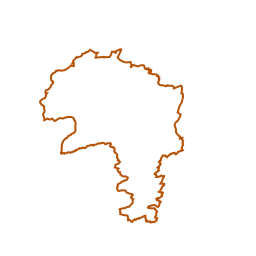 Birr Lea-6, Offaly, Ireland (Robinson projection), rotated 321°
{"feature_id": "5873133B95472927677681", "entity_name": "Birr Lea-6", "entity_type": "district", "adm_level": 2, "iso_a3": "IRL", "parent_name": "Ireland", "parent_adm1": "Offaly", "projection": "robinson", "projection_center": [-7.878, 53.106], "detail": "fine", "context": "isolated", "style": "outline", "palette": "amber", "viewbox_px": 256, "rotation_deg": 321, "n_neighbors": 0, "source": "geoboundaries", "source_scale": "gbopen_adm2", "svg_char_len": 5760}
<svg xmlns="http://www.w3.org/2000/svg" viewBox="0 0 256 256"><g transform="rotate(321 128 128)"><path d="M156.7,179.7L156.7,177.8L158.9,176.2L160.2,175.8L160.8,174.8L160.6,174.4L160.8,174.1L162.8,172.7L162.6,171.0L164.1,169.8L163.0,169.2L161.6,168.9L163.1,167.2L162.5,166.0L162.5,161.7L164.4,159.3L165.8,155.5L167.4,154.1L169.8,153.6L171.1,153.7L174.8,152.3L177.4,150.7L176.3,147.2L181.7,143.5L186.2,141.7L190.6,138.2L192.2,135.6L191.3,134.7L192.1,133.7L193.6,132.9L195.4,130.5L196.0,128.7L194.6,127.9L188.6,126.1L189.3,125.2L189.3,123.5L188.0,122.1L187.1,121.6L185.9,120.0L185.6,120.1L185.4,119.5L184.2,119.5L183.5,119.3L182.4,117.3L180.0,114.9L179.5,113.4L179.8,112.7L179.7,111.9L180.6,111.1L182.6,110.3L182.9,110.0L182.6,109.4L182.7,109.1L184.2,108.4L183.8,106.7L183.4,106.3L184.3,106.0L183.9,104.5L180.6,101.2L180.3,100.5L178.6,98.5L178.9,98.0L179.6,98.1L180.4,98.9L181.3,98.7L182.5,97.7L182.3,96.9L181.8,96.5L180.3,96.6L180.3,95.7L181.1,95.5L181.5,94.5L179.7,93.9L179.3,94.0L178.8,93.3L179.4,92.9L178.8,92.2L178.8,91.4L179.7,89.8L179.6,89.2L178.4,87.9L176.5,87.0L174.4,86.3L171.8,82.4L171.0,82.2L170.2,82.5L168.5,82.5L168.4,82.1L167.9,81.9L170.0,82.0L171.5,78.4L167.5,75.6L166.5,74.2L164.7,70.7L164.2,66.8L171.6,63.2L172.2,62.6L171.2,61.8L167.6,60.9L166.5,60.9L165.7,61.8L165.3,60.9L165.5,60.2L163.5,58.6L162.8,58.9L161.9,59.8L158.5,61.3L154.0,58.2L154.3,57.9L153.6,57.2L147.1,53.0L149.2,51.5L150.0,50.6L151.7,50.4L149.4,48.5L149.2,46.9L147.7,43.4L145.2,43.7L143.8,43.3L143.3,42.7L141.8,42.9L139.1,41.6L138.1,42.6L136.3,42.6L132.6,41.1L132.6,40.5L127.5,41.4L127.3,42.1L125.3,42.8L126.6,43.5L124.8,45.8L122.7,43.7L121.2,43.6L119.2,43.8L115.0,43.1L112.1,41.4L111.1,40.0L109.5,39.1L109.0,39.1L108.6,38.4L107.9,38.3L107.8,38.6L106.8,38.8L105.1,38.7L103.9,38.1L103.2,38.7L101.9,38.5L100.2,39.9L98.4,42.7L98.6,43.3L98.4,44.0L99.0,44.8L98.9,45.3L98.4,45.8L95.6,46.3L93.7,47.3L91.5,47.8L89.5,47.8L87.7,47.0L86.0,48.4L85.8,49.4L86.8,50.0L85.4,50.5L84.1,51.6L82.0,52.5L79.6,51.6L77.1,51.8L75.9,52.5L75.6,52.8L75.8,54.0L75.4,55.6L76.1,57.1L75.9,57.7L76.4,58.7L74.9,60.1L74.3,61.9L72.8,63.1L71.7,63.3L70.4,64.1L69.5,66.4L69.6,66.8L68.8,68.2L67.8,69.2L71.3,70.1L72.1,71.5L73.4,72.8L75.0,73.0L75.4,76.5L80.4,77.1L81.9,77.8L82.7,79.1L83.3,79.6L87.6,81.2L90.8,83.7L91.9,85.8L91.6,87.2L91.2,87.8L91.4,88.5L91.0,88.9L91.1,89.8L90.0,91.8L87.5,94.1L87.1,95.1L85.0,97.4L82.4,97.7L80.4,97.0L79.7,97.3L77.4,97.0L76.6,96.6L74.7,97.2L73.8,97.3L72.9,96.8L69.2,97.4L66.1,99.3L65.0,100.8L64.0,101.4L62.7,103.5L60.6,104.9L60.0,105.5L60.2,106.1L60.7,106.6L61.9,106.5L62.3,107.3L62.7,107.4L62.6,107.9L63.6,108.6L66.1,109.2L67.3,110.1L67.9,111.2L69.5,111.4L69.6,111.7L70.5,111.7L70.7,112.1L71.4,112.2L72.2,112.7L72.7,112.4L72.8,112.7L73.7,112.8L73.9,112.4L76.2,113.2L77.5,113.2L77.5,113.5L78.4,113.8L78.9,114.5L80.5,114.7L81.1,115.8L81.7,116.4L82.3,116.4L82.5,116.7L85.0,116.4L87.3,117.6L89.0,118.0L89.8,119.1L90.2,119.3L90.0,119.8L91.8,120.1L92.6,120.8L95.2,121.2L96.2,122.3L97.1,122.4L97.7,123.1L99.2,123.7L99.9,124.7L99.9,125.7L100.4,126.6L102.1,126.7L102.4,127.2L104.5,128.3L104.8,128.9L104.6,130.0L103.2,130.2L102.5,131.0L102.8,132.0L104.7,133.9L104.3,134.5L104.6,135.2L104.2,136.1L103.4,137.1L102.5,137.6L102.6,138.7L102.3,139.1L102.9,140.2L102.9,142.0L101.9,142.8L101.6,143.5L101.0,143.7L100.7,144.3L100.8,145.3L100.6,146.1L99.6,146.9L100.4,147.7L100.2,148.0L100.4,148.6L100.2,148.9L100.3,149.3L98.4,149.7L95.3,148.7L92.9,150.3L93.7,151.1L93.8,151.7L95.1,153.5L93.9,153.7L93.3,154.1L93.3,155.2L92.9,156.2L93.2,157.0L93.9,157.3L92.9,159.2L93.1,159.3L93.1,160.9L93.8,162.7L95.8,164.2L96.6,166.5L95.5,167.2L93.9,167.6L92.2,166.4L91.4,166.7L89.4,165.9L87.8,166.0L84.9,165.3L83.9,165.8L83.7,166.8L81.7,167.6L80.7,170.2L80.7,170.5L81.7,171.4L84.0,172.6L86.3,174.5L86.7,175.3L86.2,177.0L88.5,180.9L89.7,182.2L89.7,182.9L88.5,183.6L87.5,183.4L86.7,183.7L86.9,184.0L86.6,185.2L87.2,186.4L86.8,186.4L86.7,186.8L86.1,187.1L84.6,189.1L79.3,189.9L78.0,189.0L75.3,188.3L72.1,186.5L70.3,185.9L69.9,187.4L69.4,188.2L68.9,188.3L68.8,189.2L67.8,190.0L69.9,193.1L72.5,195.7L71.1,198.8L70.3,198.9L69.9,199.8L71.5,200.6L71.5,201.9L72.0,203.6L74.2,203.0L74.5,203.3L75.9,203.2L76.2,204.4L77.8,204.2L79.7,204.9L79.7,205.5L80.9,205.5L82.9,206.3L84.3,206.3L86.3,207.1L85.3,208.7L84.6,209.1L84.4,212.1L83.4,211.6L83.3,212.0L83.9,212.3L84.0,212.9L86.1,214.3L86.0,214.5L86.3,214.7L85.9,215.3L86.4,215.9L87.8,216.2L88.7,217.5L91.4,217.9L92.3,217.5L92.0,217.4L92.6,217.1L93.1,217.0L93.8,216.0L92.7,214.8L93.2,214.2L95.3,213.4L96.6,211.6L97.9,211.5L98.1,210.1L97.7,208.3L98.2,207.6L97.9,206.9L96.2,205.7L93.5,203.0L93.5,202.3L94.8,201.9L99.5,204.0L100.6,205.2L101.2,207.8L101.4,208.1L103.4,207.9L104.8,206.6L106.4,206.1L106.1,205.8L106.9,205.4L106.2,204.5L106.3,204.2L106.0,203.7L106.1,203.0L105.1,202.3L105.6,201.2L105.5,200.9L106.9,201.0L107.9,202.1L111.4,202.3L112.1,201.9L112.0,201.0L112.9,200.6L113.7,200.7L114.5,200.2L114.4,199.8L112.6,198.3L112.0,197.2L112.5,197.3L115.3,196.2L116.0,196.3L117.4,195.1L118.5,195.2L119.4,194.8L120.2,195.1L121.0,194.2L118.1,191.6L121.0,190.7L123.7,188.9L125.4,188.5L125.8,188.0L124.7,187.4L124.0,185.9L122.3,185.8L121.4,185.1L120.5,185.0L119.2,183.9L120.0,183.5L120.2,182.9L120.1,182.4L120.5,181.8L119.7,180.5L120.1,180.2L125.3,180.5L125.2,179.6L125.4,179.2L126.7,178.7L127.4,177.9L126.6,177.3L130.1,177.0L130.5,176.6L130.4,176.2L131.0,176.0L131.3,175.2L130.5,174.4L130.7,173.8L132.4,173.5L133.4,173.7L134.2,172.5L136.8,171.7L137.1,171.3L138.0,171.3L138.4,172.0L139.5,172.6L139.4,173.8L140.0,173.9L140.2,174.4L140.1,175.3L142.6,174.9L143.8,175.3L144.5,174.9L144.9,175.2L145.7,175.2L145.8,175.5L146.5,175.5L148.7,176.7L148.3,177.6L148.7,178.6L150.4,178.6L152.0,178.0L153.1,178.7L154.7,178.9L155.3,179.5L156.7,179.7Z" fill="none" stroke="#b45309" stroke-width="2"/></g></svg>